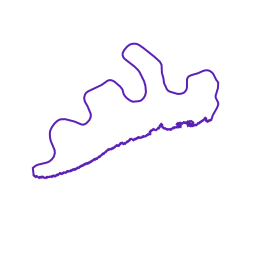 the district of Nigua, San Cristóbal, Dominican Republic, rotated 38°
{"feature_id": "3306468B31162099816687", "entity_name": "Nigua", "entity_type": "district", "adm_level": 2, "iso_a3": "DOM", "parent_name": "Dominican Republic", "parent_adm1": "San Cristóbal", "projection": "mercator", "projection_center": [-70.067, 18.358], "detail": "fine", "context": "isolated", "style": "outline", "palette": "violet", "viewbox_px": 256, "rotation_deg": 38, "n_neighbors": 0, "source": "geoboundaries", "source_scale": "gbopen_adm2", "svg_char_len": 5876}
<svg xmlns="http://www.w3.org/2000/svg" viewBox="0 0 256 256"><g transform="rotate(38 128 128)"><path d="M171.1,36.6L167.8,35.7L162.1,33.0L160.0,32.5L156.7,32.8L154.8,33.8L153.2,35.2L152.0,36.9L149.4,41.8L145.4,47.3L144.0,50.2L144.0,51.2L144.5,53.3L149.1,59.2L150.2,61.2L150.6,63.4L150.3,65.7L149.3,67.6L147.1,69.9L145.2,71.0L138.6,73.6L136.6,73.9L134.7,73.5L128.7,70.4L125.4,67.1L120.7,63.6L115.6,57.6L112.5,56.2L105.0,55.6L90.5,55.5L85.3,55.8L82.9,56.5L81.0,57.7L79.4,59.2L78.1,61.1L77.2,64.4L77.0,69.0L77.7,72.2L79.0,74.0L80.9,75.2L83.1,75.6L95.6,75.6L100.6,76.2L102.8,76.9L111.8,81.2L115.8,84.1L120.0,88.6L121.5,91.9L121.9,95.2L121.3,98.4L120.2,100.0L115.8,104.2L112.8,105.1L108.5,105.2L105.3,104.6L103.5,103.8L99.9,101.1L96.6,100.2L89.3,99.8L87.0,100.1L84.9,100.9L84.0,101.6L82.8,103.3L80.7,110.3L74.0,123.7L73.4,125.8L73.5,128.1L74.8,131.1L76.3,132.6L78.0,133.8L83.0,135.9L90.2,140.0L92.0,142.6L92.7,145.7L92.3,150.0L90.9,152.8L89.1,153.9L82.0,155.8L73.1,159.7L69.7,162.5L68.5,164.4L67.8,166.6L67.3,170.1L67.6,174.9L68.5,178.4L69.8,180.5L72.2,183.3L75.0,185.7L83.8,190.6L85.9,193.0L87.2,196.2L87.3,199.7L86.5,203.1L85.3,205.2L79.4,212.7L78.4,214.8L77.6,218.1L82.5,223.1L83.1,223.1L83.1,223.5L85.4,223.5L85.4,222.6L85.8,222.6L85.8,222.1L88.6,222.1L88.6,221.1L89.1,221.1L89.1,220.6L90.0,220.6L90.0,219.7L90.4,219.7L90.4,219.2L91.4,219.2L91.4,218.7L93.2,218.7L93.7,217.7L94.1,217.7L94.1,216.8L94.6,216.8L94.6,216.3L95.1,216.3L95.1,215.8L96.0,215.3L96.0,214.8L96.4,214.8L96.9,213.9L97.4,213.9L97.4,213.4L97.8,213.4L97.8,212.9L98.3,212.9L98.3,211.9L98.7,211.9L98.7,211.4L99.7,211.4L99.7,210.9L100.1,210.9L100.1,210.5L100.6,210.5L100.6,209.0L101.0,209.0L101.0,208.5L101.5,208.5L101.5,207.6L102.0,207.6L102.0,205.6L102.9,205.6L102.9,205.1L103.8,205.1L103.8,204.7L104.3,204.7L104.3,203.7L104.7,203.7L104.7,202.7L105.2,202.7L105.6,201.7L106.6,201.7L106.6,199.8L107.0,199.8L107.0,199.3L107.5,199.3L107.5,198.8L107.9,198.8L108.4,197.9L108.9,197.9L108.9,196.9L109.3,196.9L109.3,196.4L109.8,196.4L109.8,195.4L110.2,195.4L110.2,194.5L110.7,194.5L110.7,194.0L111.1,194.0L111.1,193.5L111.6,193.5L111.6,193.0L112.1,193.0L112.1,192.1L112.5,192.1L112.5,190.6L113.0,190.6L113.0,190.1L113.4,190.1L113.4,189.6L113.9,189.6L113.9,187.7L114.4,187.7L114.4,186.7L114.8,186.7L114.8,185.8L115.3,185.8L115.3,185.3L115.7,185.3L115.7,183.8L116.2,183.8L116.2,182.8L116.7,182.8L116.7,181.9L117.1,181.9L117.1,181.4L117.6,181.4L117.6,180.9L118.0,180.9L118.0,180.4L118.5,180.4L118.5,179.0L119.0,179.0L119.0,178.0L119.4,178.0L119.4,177.0L119.9,177.0L119.9,175.6L120.3,175.6L120.3,174.1L120.8,174.1L120.8,173.2L121.3,173.2L121.3,172.7L121.7,172.7L121.7,171.7L122.2,171.7L122.2,171.2L122.6,171.2L122.6,168.8L123.1,168.8L123.1,167.8L123.6,167.8L123.6,165.4L124.0,165.4L124.0,163.5L124.5,163.5L124.5,163.0L124.9,163.0L124.9,160.1L125.4,160.1L125.4,157.6L125.9,157.6L125.9,156.7L126.3,156.7L126.3,156.2L126.8,156.2L127.2,155.2L127.7,155.2L127.7,154.3L128.2,154.3L128.2,153.3L128.6,153.3L128.6,152.8L129.1,152.8L129.1,150.9L129.5,150.9L129.5,148.9L130.0,148.9L130.0,148.4L130.9,148.4L130.9,147.9L131.4,147.9L131.4,147.5L131.8,147.5L131.8,147.0L131.4,147.0L131.4,146.5L131.8,146.5L131.8,146.0L131.4,146.0L131.4,145.0L131.8,145.0L131.8,144.1L132.3,144.1L132.3,143.6L132.8,143.6L132.8,143.1L133.2,143.1L133.2,143.6L134.1,143.6L134.1,143.1L134.6,143.1L134.6,142.1L135.5,142.1L135.5,139.7L136.0,139.7L136.0,138.7L136.4,138.7L136.4,136.8L136.9,136.8L136.9,136.3L136.4,136.3L136.4,135.3L136.9,135.3L137.4,134.4L139.7,134.4L139.7,133.4L140.1,133.4L140.1,132.4L140.6,132.4L140.6,132.0L141.0,132.0L141.0,131.0L141.5,131.0L141.5,129.5L142.0,129.5L142.0,129.0L142.4,129.0L142.4,128.6L143.3,128.6L143.3,128.1L143.8,128.1L144.3,127.1L144.7,127.1L144.7,125.7L145.2,125.7L145.2,125.2L145.7,125.2L145.7,124.7L146.1,124.7L146.6,123.7L147.0,123.7L147.0,122.3L147.5,122.3L147.5,120.8L148.0,120.8L148.0,120.3L148.4,120.3L148.9,119.3L149.3,119.3L149.3,118.9L148.9,118.9L148.4,117.9L147.5,117.9L147.5,116.4L148.0,116.4L148.0,115.5L148.4,115.5L148.4,114.0L148.9,114.0L148.9,113.0L150.7,113.0L151.2,112.1L151.6,112.1L151.6,109.7L152.1,109.7L152.1,109.2L152.6,109.2L152.6,108.2L152.1,108.2L152.1,106.7L151.6,106.7L151.6,104.3L152.6,104.3L152.6,104.8L153.0,104.8L153.0,105.3L153.5,105.3L153.5,105.8L154.9,105.8L154.9,106.3L156.2,106.3L156.2,105.8L157.6,105.8L157.6,105.3L159.5,105.3L159.5,104.8L160.4,104.8L160.4,104.3L160.8,104.3L161.3,103.4L162.2,103.4L162.2,102.9L162.7,102.9L162.7,102.4L163.1,102.4L163.1,100.4L163.6,100.4L163.6,100.0L164.1,100.0L164.1,99.0L164.5,99.0L164.5,98.5L165.0,98.5L165.4,97.5L165.9,97.5L165.9,97.1L166.4,97.1L166.4,96.6L166.8,96.6L166.8,96.1L167.3,96.1L167.3,95.6L167.7,95.6L167.7,95.1L168.2,95.1L168.2,94.6L168.7,94.6L168.2,93.7L167.3,93.7L167.3,94.1L165.9,94.1L165.9,94.6L165.4,94.6L165.4,95.1L164.1,95.1L164.1,93.7L165.0,93.7L165.0,93.2L165.4,93.2L165.4,92.7L165.9,92.7L165.9,91.7L167.3,91.7L167.3,91.2L168.2,91.2L168.2,89.3L169.1,89.3L169.1,88.8L170.0,88.8L170.0,88.3L170.5,88.3L170.5,87.8L171.0,87.8L171.0,86.4L171.4,86.4L171.4,85.9L171.9,85.9L172.3,84.9L172.8,84.9L172.8,84.4L173.3,84.4L173.7,83.5L176.0,83.5L176.0,84.4L176.5,84.4L176.5,85.4L175.6,85.4L175.1,86.4L173.7,86.4L173.7,86.9L173.3,86.9L173.3,87.4L172.8,87.4L172.8,88.8L173.7,89.3L173.7,88.8L174.2,88.8L174.2,88.3L175.6,88.3L175.6,87.8L176.5,87.8L176.5,86.9L177.4,86.9L177.4,85.9L178.3,85.9L178.3,84.9L178.8,84.9L179.2,84.0L179.7,84.0L179.7,83.5L180.2,83.5L180.2,81.1L180.6,81.1L180.6,80.6L181.1,80.6L181.1,79.1L181.5,79.1L181.5,77.7L182.0,77.7L182.0,76.2L182.5,76.2L182.5,72.8L182.9,72.8L182.9,72.3L183.4,72.3L183.4,72.8L183.8,72.8L183.8,73.3L184.3,73.3L184.3,73.8L184.8,73.8L184.8,74.3L186.6,74.3L186.6,73.3L187.1,73.3L187.1,72.3L187.5,72.3L187.5,71.8L188.0,71.8L188.0,70.9L188.4,70.9L188.7,70.4L187.0,65.8L185.7,57.2L184.7,54.0L183.4,52.5L178.6,50.2L177.3,48.9L174.3,41.2L171.1,36.6Z" fill="none" stroke="#5b21b6" stroke-width="2"/></g></svg>